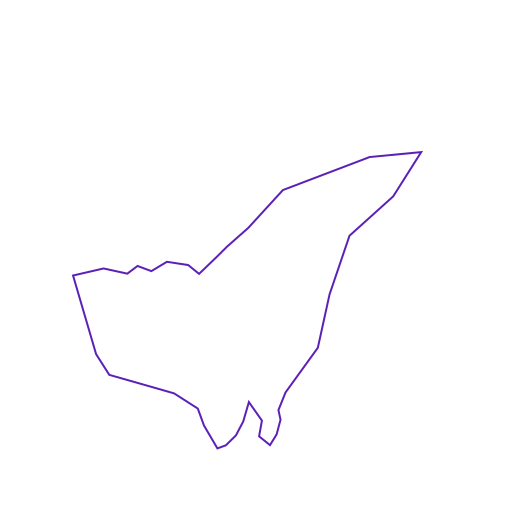 the district of Ayawaso North Municipal, Greater Accra, Ghana, rotated 219°
{"feature_id": "2480657B42813544323317", "entity_name": "Ayawaso North Municipal", "entity_type": "district", "adm_level": 2, "iso_a3": "GHA", "parent_name": "Ghana", "parent_adm1": "Greater Accra", "projection": "mercator", "projection_center": [-0.208, 5.595], "detail": "fine", "context": "isolated", "style": "outline", "palette": "violet", "viewbox_px": 512, "rotation_deg": 219, "n_neighbors": 0, "source": "geoboundaries", "source_scale": "gbopen_adm2", "svg_char_len": 604}
<svg xmlns="http://www.w3.org/2000/svg" viewBox="0 0 512 512"><g transform="rotate(219 256 256)"><path d="M133.9,144.2L141.6,150.4L147.2,168.6L150.2,223.6L174.7,272.5L196.1,330.6L186.9,388.7L193.0,440.7L230.0,404.4L276.6,324.2L278.2,297.8L279.7,273.0L284.4,245.1L285.9,231.1L289.0,206.3L303.0,206.3L321.6,195.4L327.8,178.4L341.8,173.7L344.9,161.3L366.6,150.4L385.9,125.7L318.5,79.1L295.2,71.3L233.2,97.7L205.2,100.8L189.7,91.5L164.9,82.2L160.3,89.9L158.7,103.9L161.8,119.4L169.6,138.0L147.8,131.8L140.1,117.8L126.1,117.8L127.7,130.3L133.9,144.2Z" fill="none" stroke="#5b21b6" stroke-width="2"/></g></svg>